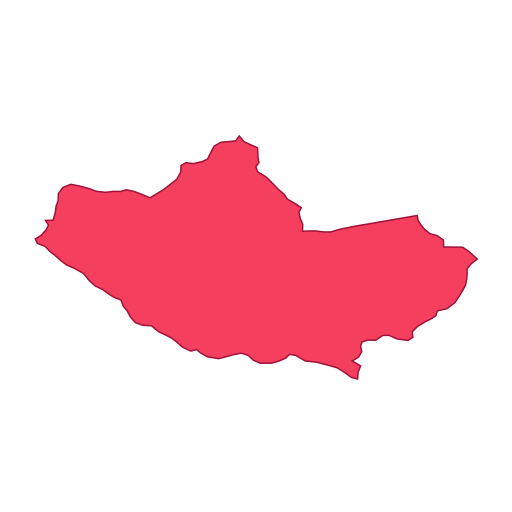 São João Batista, Santa Catarina, Brazil, rotated 92°
{"feature_id": "56859067B88267193526754", "entity_name": "São João Batista", "entity_type": "district", "adm_level": 2, "iso_a3": "BRA", "parent_name": "Brazil", "parent_adm1": "Santa Catarina", "projection": "equal_earth", "projection_center": [-48.861, -27.328], "detail": "fine", "context": "isolated", "style": "filled", "palette": "rose", "viewbox_px": 512, "rotation_deg": 92, "n_neighbors": 0, "source": "geoboundaries", "source_scale": "gbopen_adm2", "svg_char_len": 1966}
<svg xmlns="http://www.w3.org/2000/svg" viewBox="0 0 512 512"><g transform="rotate(92 256 256)"><path d="M302.1,396.8L304.7,389.4L310.7,386.9L315.4,382.8L321.3,379.4L326.8,374.3L329.2,366.7L329.4,358.0L335.1,350.7L338.6,342.5L341.0,337.4L344.5,332.5L349.6,326.4L353.3,317.8L351.6,312.1L354.8,308.0L358.5,301.0L359.9,289.6L357.6,282.1L355.5,275.3L353.6,267.4L355.7,260.1L360.2,255.1L363.0,247.8L362.5,236.4L360.2,229.4L357.1,222.8L353.1,219.0L353.9,213.0L359.2,203.1L360.0,192.1L362.4,181.0L364.9,170.9L369.2,163.6L374.0,156.5L375.4,150.2L368.7,149.9L362.1,147.6L357.6,156.3L353.4,149.9L347.7,147.0L342.4,148.3L338.2,147.0L336.2,141.7L336.0,133.4L331.0,126.5L330.6,120.3L333.9,112.4L335.1,101.1L331.6,96.3L326.3,97.3L320.9,92.2L316.4,85.5L312.6,78.6L309.4,74.2L304.5,72.9L302.0,63.3L295.5,55.5L287.7,50.7L282.9,48.1L277.9,45.6L271.7,44.6L266.8,44.4L261.6,44.6L256.4,40.8L251.4,34.8L244.8,42.4L240.0,49.7L240.2,60.4L240.5,68.7L233.4,69.3L229.3,75.8L227.7,82.7L223.4,88.5L219.3,92.2L215.1,95.0L209.9,96.4L223.1,159.7L224.6,165.7L226.3,173.0L229.3,182.0L229.6,189.1L228.9,197.4L229.1,203.8L229.6,210.4L222.7,210.4L216.6,213.2L210.9,214.6L206.1,212.4L202.1,219.0L198.0,226.7L193.3,230.0L188.8,235.8L182.9,241.9L177.0,248.2L171.7,257.3L166.7,259.3L162.6,256.3L158.2,257.3L153.7,257.7L147.8,258.3L145.5,264.0L142.2,271.9L136.6,277.0L141.6,280.1L142.6,287.2L143.5,294.9L147.6,301.6L155.0,305.2L160.8,307.8L163.4,312.8L165.8,321.6L165.2,329.3L168.2,334.1L174.6,334.1L182.0,337.8L192.7,350.5L201.6,364.1L198.6,371.7L195.7,380.2L194.3,387.9L196.2,393.2L196.4,400.9L197.6,408.8L196.9,418.0L194.4,425.3L192.1,435.4L190.8,443.7L194.3,451.5L200.6,455.7L207.8,455.7L213.0,457.5L219.4,458.1L227.4,460.1L227.7,467.6L232.4,464.5L236.7,466.4L242.9,471.4L246.6,477.2L251.0,474.9L253.8,467.0L258.5,462.3L262.1,457.3L267.5,450.8L271.7,444.8L274.6,437.3L279.3,428.0L286.5,421.7L291.7,415.4L295.0,407.9L299.2,401.7L302.1,396.8Z" fill="#f43f5e" stroke="#9f1239" stroke-width="1.5"/></g></svg>